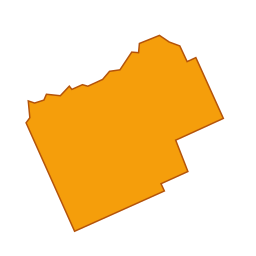 the district of Menard, Illinois, United States of America, rotated 336°
{"feature_id": "52423323B49653092104494", "entity_name": "Menard", "entity_type": "district", "adm_level": 2, "iso_a3": "USA", "parent_name": "United States of America", "parent_adm1": "Illinois", "projection": "equal_earth", "projection_center": [-89.78, 40.028], "detail": "fine", "context": "isolated", "style": "filled", "palette": "amber", "viewbox_px": 256, "rotation_deg": 336, "n_neighbors": 0, "source": "geoboundaries", "source_scale": "gbopen_adm2", "svg_char_len": 486}
<svg xmlns="http://www.w3.org/2000/svg" viewBox="0 0 256 256"><g transform="rotate(336 128 128)"><path d="M208.7,74.1L200.6,66.2L194.4,56.2L172.8,55.4L168.3,63.5L162.3,60.2L144.3,71.6L134.2,68.7L124.6,73.3L108.3,73.5L104.0,69.9L92.4,69.9L91.4,65.9L79.3,71.0L67.2,64.0L62.5,68.3L52.8,67.2L47.9,62.7L42.5,78.7L37.0,81.8L37.2,200.6L135.6,200.3L135.5,192.3L165.0,192.1L166.6,158.5L219.0,158.0L218.6,91.3L209.0,91.4L208.7,74.1Z" fill="#f59e0b" stroke="#b45309" stroke-width="1.5"/></g></svg>